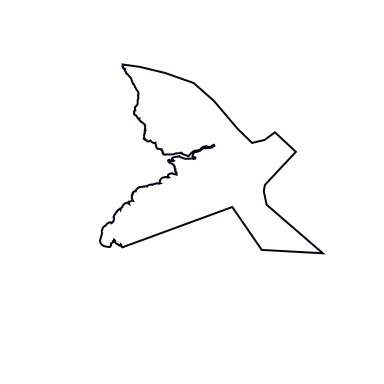 the district of Imeong, Palau, rotated 313°
{"feature_id": "81905179B35739525053108", "entity_name": "Imeong", "entity_type": "district", "adm_level": 2, "iso_a3": "PLW", "parent_name": "Palau", "parent_adm1": "", "projection": "orthographic", "projection_center": [134.514, 7.531], "detail": "fine", "context": "isolated", "style": "outline", "palette": "ink", "viewbox_px": 384, "rotation_deg": 313, "n_neighbors": 0, "source": "geoboundaries", "source_scale": "gbopen_adm2", "svg_char_len": 5751}
<svg xmlns="http://www.w3.org/2000/svg" viewBox="0 0 384 384"><g transform="rotate(313 192 192)"><path d="M197.2,282.5L236.4,329.5L233.6,255.2L241.5,244.0L246.9,240.5L292.2,240.6L292.2,212.0L279.6,209.6L268.9,202.5L269.3,182.7L273.6,145.8L272.8,118.8L260.5,90.7L247.9,68.5L238.1,54.5L237.8,55.2L237.6,55.4L237.0,55.3L236.6,55.3L236.3,55.6L236.5,56.1L236.3,56.4L236.3,56.8L236.0,56.8L235.9,57.1L235.5,57.8L235.6,58.4L235.7,58.8L236.2,59.1L235.5,59.6L235.0,60.3L234.8,61.3L234.5,62.1L234.1,62.5L234.2,63.4L234.0,63.8L234.1,64.5L234.1,65.5L233.9,66.3L233.9,67.0L233.8,67.9L233.7,69.3L233.2,70.6L232.7,71.4L232.3,72.3L231.7,73.4L231.4,74.3L231.2,74.8L230.9,75.4L231.1,76.0L230.8,76.7L230.5,77.5L230.4,78.0L229.9,78.6L229.7,79.5L229.3,81.0L229.1,81.5L228.9,82.1L228.8,83.0L228.7,83.8L228.0,85.2L227.1,86.2L226.7,86.1L226.1,86.5L225.5,86.9L225.2,87.5L224.5,88.0L224.2,88.6L223.6,89.2L223.0,89.2L222.2,89.6L221.6,90.0L221.0,90.6L220.2,91.5L219.8,91.8L218.8,92.3L218.2,92.5L217.6,92.5L216.6,92.6L215.9,92.5L215.2,92.5L214.6,93.1L214.0,93.5L213.6,94.1L213.1,94.9L212.2,94.6L211.4,94.6L210.8,95.3L210.4,95.9L209.9,96.0L209.5,96.7L209.4,97.6L209.5,98.4L209.9,99.4L209.6,100.0L209.3,100.9L209.1,101.7L209.0,102.5L209.8,103.4L209.1,103.6L208.7,104.6L208.8,105.6L208.5,106.8L209.0,108.3L209.1,108.8L208.9,109.2L208.9,110.0L209.2,110.8L208.9,111.3L208.9,113.0L208.6,112.0L207.9,112.9L207.4,113.6L206.8,114.1L206.5,114.6L205.5,114.9L205.3,116.1L204.3,115.9L204.1,116.4L203.0,116.9L202.9,117.3L202.3,117.8L201.6,117.7L201.1,117.9L200.7,118.5L200.1,119.1L199.3,119.7L198.8,120.1L198.2,120.1L198.0,120.8L198.1,121.6L198.6,121.6L198.4,122.2L198.4,123.1L198.9,123.5L198.6,124.1L198.6,124.9L198.9,125.4L199.4,125.8L200.6,126.2L201.1,126.3L201.2,126.8L201.2,127.2L201.1,127.8L201.1,128.4L201.3,129.1L201.4,129.9L201.7,130.5L202.1,131.2L202.6,131.3L203.0,131.5L202.6,131.8L202.5,132.4L202.1,132.8L201.4,134.1L200.6,135.1L200.1,136.4L200.1,137.1L200.2,137.6L200.7,137.9L200.8,138.4L201.5,139.0L201.7,139.5L201.9,139.9L202.5,140.7L201.9,141.1L202.0,141.8L201.8,142.3L201.4,143.1L200.9,143.4L200.6,143.8L201.0,144.1L200.4,145.0L200.1,145.5L200.8,146.3L200.8,146.8L201.3,147.4L201.9,147.6L202.9,148.4L203.5,149.4L204.3,150.2L205.7,151.5L206.3,152.2L207.6,153.1L208.4,153.4L209.5,154.1L210.1,154.8L211.2,155.7L211.7,156.4L212.2,156.8L212.7,156.8L213.1,156.9L213.2,157.5L213.5,157.8L213.5,158.5L213.3,158.6L213.4,159.4L214.0,160.9L214.8,162.7L215.3,163.9L215.4,164.9L216.2,165.1L217.3,164.9L218.7,164.9L220.3,165.0L221.9,165.1L224.0,165.8L224.5,166.2L225.6,167.2L226.7,167.9L227.8,168.7L228.5,169.0L230.4,168.9L231.9,169.2L233.2,169.8L234.3,170.4L235.3,171.3L235.9,172.6L236.5,173.8L237.0,174.4L238.1,175.0L239.6,175.2L241.1,175.5L241.4,175.8L240.9,176.9L239.3,176.3L238.6,176.3L237.8,176.0L237.0,175.5L236.2,175.0L235.4,174.2L234.3,173.1L233.2,172.1L232.8,171.5L231.9,170.8L231.3,170.3L229.9,170.2L229.1,170.0L228.0,169.9L227.1,169.4L226.1,169.1L225.3,168.5L224.3,167.7L223.1,167.1L222.3,166.6L221.8,166.7L220.5,166.9L219.8,167.4L219.1,167.7L218.4,168.1L218.4,168.9L218.9,169.8L219.3,170.5L219.5,171.0L219.0,171.2L218.6,171.5L217.9,171.0L217.2,170.7L217.2,170.0L216.6,169.4L216.4,168.9L215.8,168.4L215.0,167.8L214.2,167.1L213.9,166.7L213.1,165.9L212.4,165.4L212.2,165.0L211.7,164.3L211.2,163.4L210.8,162.5L210.0,160.6L209.7,159.6L209.6,158.7L209.3,158.7L209.3,158.2L209.0,158.1L208.5,157.5L207.7,157.3L207.2,156.6L206.4,155.9L205.5,155.4L204.3,154.7L203.9,154.5L203.4,154.5L202.7,154.7L202.3,155.1L202.4,156.4L202.5,157.3L202.1,157.1L201.6,157.0L201.7,156.5L201.1,156.1L201.0,155.4L200.3,155.3L200.0,154.2L200.2,153.6L199.4,153.3L199.3,153.0L198.9,153.0L198.4,153.3L198.3,154.5L198.4,155.6L198.1,156.0L198.7,157.0L199.2,158.5L199.2,159.3L199.4,160.0L198.8,160.8L198.8,161.4L198.8,162.2L197.9,162.6L197.4,163.7L197.4,164.3L196.7,164.3L195.8,165.5L196.1,165.9L195.8,166.7L195.3,167.0L195.1,168.3L194.1,168.9L193.7,168.0L192.9,166.7L192.6,166.1L192.3,164.8L191.3,164.2L190.8,163.6L189.9,163.4L189.4,163.0L188.0,162.9L187.3,163.5L186.8,163.8L186.9,165.1L186.0,164.5L185.5,163.0L184.8,162.3L184.0,161.9L183.4,161.4L182.7,160.9L181.6,160.5L180.6,160.4L179.8,160.5L178.5,160.8L177.7,161.4L177.3,161.5L176.8,162.4L176.9,163.0L175.3,161.9L174.8,160.8L173.3,159.5L172.2,159.2L171.2,158.3L170.0,158.0L169.9,157.3L168.5,156.2L167.7,155.7L166.4,155.2L165.6,155.4L165.5,154.9L165.1,154.7L164.2,153.8L163.4,153.5L163.1,152.9L162.7,152.8L160.9,151.4L160.0,150.3L159.4,150.2L158.8,149.8L157.8,149.8L156.5,149.7L155.1,149.5L154.4,149.9L154.4,150.3L154.0,150.4L153.0,149.3L152.1,149.1L151.2,149.2L150.5,149.4L150.5,149.9L149.8,150.0L149.2,150.4L148.8,150.2L148.0,150.6L147.5,151.5L146.9,151.7L146.5,152.2L146.2,152.8L145.9,153.2L145.5,153.9L145.3,154.8L144.7,154.0L144.0,153.8L143.2,153.5L142.4,152.7L141.7,152.3L141.0,152.4L140.7,152.8L140.7,153.7L140.4,154.2L140.3,153.7L140.0,152.6L139.6,151.6L138.5,151.0L136.8,150.6L135.8,150.6L134.1,150.8L133.3,151.4L132.5,151.1L131.1,151.2L130.5,151.6L130.8,150.9L130.5,150.6L129.9,150.7L128.0,150.1L127.6,150.4L126.6,150.4L125.2,150.5L123.5,150.9L121.8,151.0L120.2,151.7L120.0,152.6L119.3,153.0L118.7,153.7L117.3,154.2L116.7,154.7L116.3,154.5L115.6,154.3L114.9,154.3L114.4,154.6L114.1,154.4L114.4,153.7L114.0,152.8L113.3,152.1L111.1,151.6L107.7,151.6L107.5,151.3L105.8,151.2L104.7,151.4L102.5,152.3L101.3,153.2L101.0,154.0L98.9,155.1L93.4,158.1L92.4,159.7L91.8,161.8L92.4,164.5L94.3,167.7L95.9,169.5L97.6,169.2L99.2,167.9L100.8,168.4L101.9,167.9L102.1,168.5L103.6,167.6L104.0,167.4L104.0,168.5L103.8,169.1L103.5,169.5L102.8,170.6L102.6,171.6L103.0,172.6L103.0,173.4L103.4,174.3L103.2,175.1L103.8,176.3L105.0,175.7L104.9,176.3L104.3,177.1L104.3,177.8L104.0,178.2L104.0,178.8L208.5,231.7L197.2,282.5Z" fill="none" stroke="#020617" stroke-width="2"/></g></svg>